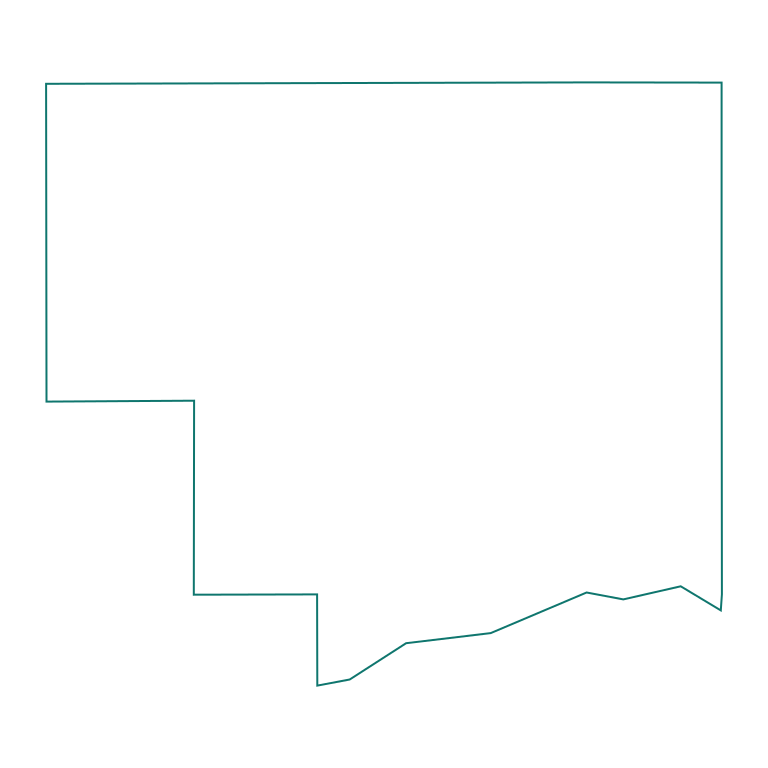 Platte, Nebraska, United States of America (Natural Earth projection)
{"feature_id": "52423323B76377234724165", "entity_name": "Platte", "entity_type": "district", "adm_level": 2, "iso_a3": "USA", "parent_name": "United States of America", "parent_adm1": "Nebraska", "projection": "natural_earth1", "projection_center": [-97.501, 41.538], "detail": "fine", "context": "isolated", "style": "outline", "palette": "teal", "viewbox_px": 768, "rotation_deg": 0, "n_neighbors": 0, "source": "geoboundaries", "source_scale": "gbopen_adm2", "svg_char_len": 337}
<svg xmlns="http://www.w3.org/2000/svg" viewBox="0 0 768 768"><path d="M46.5,401.6L194.1,400.7L193.8,594.7L317.1,594.4L317.3,685.6L349.7,679.5L406.1,643.2L490.7,633.1L586.6,592.5L623.3,599.4L680.7,586.3L720.8,610.4L721.9,594.3L721.6,274.3L721.6,82.6L586.5,82.4L46.1,83.8L46.5,401.6Z" fill="none" stroke="#0f766e" stroke-width="2"/></svg>